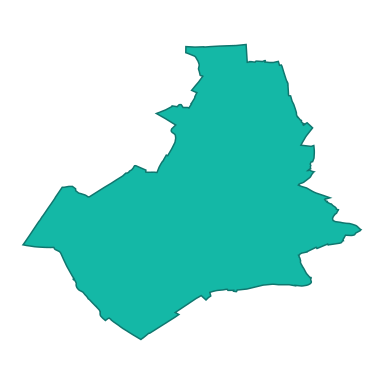 Nijmegen, Gelderland, Netherlands
{"feature_id": "6326949B60970179001979", "entity_name": "Nijmegen", "entity_type": "district", "adm_level": 2, "iso_a3": "NLD", "parent_name": "Netherlands", "parent_adm1": "Gelderland", "projection": "robinson", "projection_center": [5.848, 51.843], "detail": "fine", "context": "isolated", "style": "filled", "palette": "teal", "viewbox_px": 384, "rotation_deg": 0, "n_neighbors": 0, "source": "geoboundaries", "source_scale": "gbopen_adm2", "svg_char_len": 5799}
<svg xmlns="http://www.w3.org/2000/svg" viewBox="0 0 384 384"><path d="M39.0,221.3L38.8,221.6L37.1,224.1L29.3,235.8L24.0,243.5L23.0,244.8L26.5,245.5L30.0,246.0L34.5,246.7L38.1,247.0L45.2,247.4L50.7,247.5L53.8,247.4L54.0,247.6L54.2,248.2L54.5,248.8L55.2,249.5L58.9,251.3L59.6,251.7L60.1,252.3L60.6,252.9L61.5,254.8L63.6,259.5L65.8,264.1L65.9,264.4L67.1,266.8L72.4,276.2L74.1,278.8L73.2,279.2L73.6,279.8L74.3,279.6L75.8,282.1L76.3,283.5L76.1,285.0L76.4,286.4L76.9,287.6L77.7,288.7L78.7,289.8L80.0,290.6L81.6,291.4L83.0,292.2L85.1,294.8L86.4,296.1L87.7,297.8L88.1,298.7L89.5,299.7L92.4,302.8L95.9,306.4L96.2,306.3L96.6,306.8L96.6,307.1L98.3,308.9L99.3,310.0L99.6,310.6L99.9,311.2L100.1,311.9L100.1,312.8L100.2,312.7L100.2,314.5L100.3,315.2L100.6,315.9L101.6,317.0L102.6,318.1L105.4,320.5L108.0,318.5L109.2,318.1L111.0,319.5L111.1,319.9L113.9,322.1L118.7,325.4L120.2,326.6L122.9,328.5L133.8,335.3L140.9,339.5L142.8,338.0L143.0,338.0L148.7,333.3L149.0,333.2L149.4,333.3L149.7,333.2L175.0,317.2L178.9,314.5L175.2,312.5L196.1,298.5L199.7,296.5L200.1,296.2L201.2,295.6L206.0,300.0L208.3,297.7L209.7,296.7L210.7,296.1L210.7,295.7L209.8,292.4L212.2,291.6L215.8,290.7L217.6,290.4L223.0,289.9L226.2,289.3L227.4,289.4L227.4,289.7L228.0,290.4L233.7,290.3L233.5,291.2L235.6,291.6L236.5,291.6L237.2,290.0L238.8,289.9L247.0,289.0L263.1,285.1L272.7,284.2L274.5,284.3L278.3,284.7L289.1,284.7L295.4,285.8L295.3,285.4L295.7,285.5L295.8,285.4L301.6,286.0L302.9,285.9L306.6,285.3L307.9,284.9L308.6,284.6L310.4,283.6L310.8,283.1L311.2,282.5L311.3,282.2L311.3,281.6L311.2,281.3L310.8,280.1L310.7,279.6L310.8,278.7L311.2,277.9L310.8,277.4L310.1,277.7L306.8,273.9L306.4,273.4L305.5,271.8L304.1,269.1L303.0,267.3L302.8,267.3L302.6,267.0L302.7,266.9L300.8,263.4L300.4,262.1L300.6,260.8L300.5,260.6L299.9,258.2L299.5,257.4L299.1,257.0L299.1,256.3L298.5,255.2L299.5,254.9L299.7,254.4L299.9,254.1L301.7,253.1L306.5,252.1L306.4,252.0L316.1,247.3L317.0,248.5L327.7,244.0L328.2,245.0L329.2,244.6L329.6,244.7L339.6,243.2L341.0,242.8L341.4,242.5L341.8,242.1L342.5,240.9L343.4,240.7L343.0,239.8L343.9,238.0L344.0,238.0L345.5,235.2L351.1,235.5L352.3,235.4L354.0,235.0L354.6,234.7L355.6,233.3L356.0,232.9L359.9,230.8L360.3,230.6L360.6,230.0L361.0,229.7L360.0,229.1L359.5,228.5L358.6,227.8L357.5,226.6L356.8,226.1L355.9,225.5L354.5,225.0L352.1,224.2L349.5,223.5L346.2,223.3L342.6,222.8L340.4,222.3L335.7,221.7L334.8,221.4L333.0,220.4L332.8,219.7L332.6,218.6L332.6,218.1L332.8,217.6L333.8,215.8L335.1,214.3L335.0,214.2L336.3,213.4L336.6,213.1L337.3,211.6L338.2,210.3L338.4,209.7L337.1,209.5L336.3,209.1L336.4,208.8L336.1,208.1L335.3,207.2L332.8,205.5L332.5,205.2L331.8,204.4L331.1,203.9L330.9,204.0L329.7,203.5L327.0,202.1L327.4,201.6L327.4,201.4L326.9,201.3L326.2,201.0L325.6,200.8L324.7,199.4L325.1,199.2L325.4,198.7L326.6,198.9L326.9,198.7L330.0,197.8L323.5,195.5L318.4,193.8L316.3,193.1L314.4,192.3L312.4,191.3L307.4,188.4L306.4,187.9L301.4,186.4L298.3,185.1L298.8,184.3L299.2,184.3L299.3,184.3L300.0,183.6L300.3,183.5L302.3,182.9L303.8,182.2L304.6,181.5L305.5,180.9L309.6,177.7L310.5,176.8L311.8,174.4L313.0,172.9L313.0,172.7L313.2,172.4L313.5,172.1L314.0,171.8L313.3,171.6L311.6,171.2L310.7,170.7L310.0,170.3L309.4,170.1L309.1,170.1L308.1,170.6L307.8,170.6L309.6,169.1L310.4,168.8L310.7,168.7L310.3,166.9L310.4,166.5L310.8,165.7L310.7,165.2L310.2,164.2L310.3,163.6L311.2,161.9L312.6,161.7L314.0,158.1L314.2,154.6L314.3,153.2L314.3,150.8L313.9,146.0L313.8,145.5L311.2,146.4L300.9,145.2L302.6,142.1L305.7,136.8L306.7,135.4L312.6,127.9L310.2,125.6L307.1,122.8L306.1,123.3L304.8,124.4L303.5,125.2L303.1,124.8L303.9,124.3L304.0,124.2L304.1,123.7L302.9,123.3L302.5,123.0L301.7,122.3L301.3,122.0L301.3,121.8L301.6,120.9L301.4,120.6L300.9,120.1L300.4,120.1L297.5,116.6L297.4,116.8L296.9,115.9L296.5,114.6L296.4,112.7L295.3,109.0L293.7,104.3L292.1,101.2L290.6,95.9L288.7,95.6L288.6,95.3L288.4,94.0L288.5,94.0L288.0,86.1L287.9,85.6L288.0,85.6L288.0,85.4L287.9,83.4L287.4,82.2L287.2,82.3L287.0,81.6L286.2,79.8L283.7,72.0L282.0,66.3L281.3,65.0L279.5,65.3L278.3,61.4L273.3,62.5L272.3,62.5L271.6,62.5L269.7,62.5L264.9,62.0L265.2,61.0L264.9,60.9L265.0,60.6L264.7,60.6L262.5,61.5L256.5,61.1L255.5,61.4L255.0,62.2L251.0,61.6L250.9,61.6L251.2,61.8L249.4,61.9L247.5,62.3L247.5,62.1L247.2,62.1L246.1,44.5L236.4,45.5L219.2,46.1L210.4,46.6L204.0,47.1L203.9,46.8L195.0,47.1L185.9,46.6L185.8,52.7L188.1,53.5L194.5,56.1L195.5,56.9L197.6,60.5L198.0,61.1L198.6,62.8L199.0,63.8L199.1,64.4L199.2,65.3L199.1,66.0L198.5,68.5L198.5,68.9L198.6,69.5L199.2,71.2L200.2,75.4L200.3,75.5L202.1,75.8L202.8,76.2L198.7,81.9L195.6,85.5L191.6,90.4L196.9,92.7L196.1,94.1L195.7,95.0L194.9,96.6L195.0,96.7L194.4,98.5L191.7,102.9L191.0,103.8L191.4,104.1L188.9,108.0L188.5,107.7L187.3,107.5L183.1,107.5L181.3,104.8L181.0,104.6L180.3,104.6L179.2,104.7L178.8,105.0L178.1,105.8L177.4,106.3L177.2,106.7L172.1,105.9L172.0,106.5L165.6,109.9L156.4,113.5L165.2,118.5L175.7,125.0L171.7,128.9L171.4,129.7L171.2,130.4L171.3,131.2L171.8,132.0L172.3,132.5L174.6,134.1L175.2,135.0L175.4,135.5L175.7,138.2L175.0,142.3L171.7,148.9L167.7,155.7L166.3,155.1L163.6,159.8L163.6,160.1L162.9,161.2L162.6,161.2L161.0,163.7L159.1,167.2L157.0,172.5L154.3,172.2L147.6,172.3L145.9,172.1L145.7,172.0L145.7,171.9L145.8,170.8L145.9,170.1L135.8,165.7L135.5,165.7L134.5,165.8L134.3,166.2L133.8,166.9L133.3,167.9L131.6,169.9L131.3,170.1L130.1,170.7L129.1,171.5L129.0,171.8L128.9,172.1L128.8,172.3L128.2,172.5L127.3,173.1L125.9,173.1L125.6,173.3L122.7,176.0L116.4,179.9L112.7,182.3L111.5,183.1L104.6,187.2L89.4,196.8L88.0,196.9L86.6,195.8L85.1,195.0L80.8,193.6L78.7,193.1L75.7,190.7L75.6,188.8L72.4,186.4L69.0,186.4L64.0,187.3L62.2,187.3L55.2,197.6L55.0,198.2L51.1,203.9L48.7,207.3L44.7,213.2L42.9,215.8L42.0,216.9L39.9,220.3L39.6,220.7L39.1,221.3L39.0,221.3Z" fill="#14b8a6" stroke="#0f766e" stroke-width="1.5"/></svg>